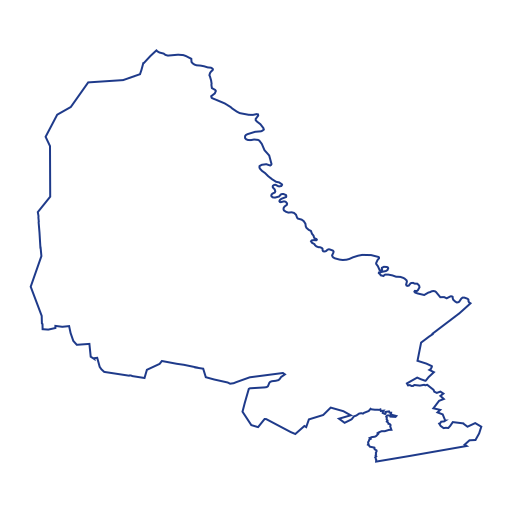 outline of Zvārtavas pag., Valkas, Latvia
{"feature_id": "27541924B49399924673855", "entity_name": "Zvārtavas pag.", "entity_type": "district", "adm_level": 2, "iso_a3": "LVA", "parent_name": "Latvia", "parent_adm1": "Valkas", "projection": "robinson", "projection_center": [26.269, 57.593], "detail": "fine", "context": "isolated", "style": "outline", "palette": "blue", "viewbox_px": 512, "rotation_deg": 0, "n_neighbors": 0, "source": "geoboundaries", "source_scale": "gbopen_adm2", "svg_char_len": 6026}
<svg xmlns="http://www.w3.org/2000/svg" viewBox="0 0 512 512"><path d="M376.1,461.6L408.9,456.1L466.6,446.0L464.6,444.7L469.5,440.3L475.5,440.0L475.8,439.4L479.1,433.5L481.3,426.7L475.2,423.1L467.5,426.7L463.6,423.8L463.4,423.4L452.8,422.1L450.2,425.9L448.3,428.0L445.9,427.8L443.6,428.1L440.7,426.0L439.2,423.6L440.2,423.2L441.2,421.7L444.1,421.4L445.5,420.5L445.2,420.5L442.7,414.4L437.5,412.4L440.2,409.9L433.4,408.3L439.1,400.8L443.8,399.0L440.4,395.9L443.4,393.6L440.4,391.6L436.8,392.9L434.3,391.7L433.5,389.8L427.2,384.8L425.3,385.3L424.1,384.8L419.9,385.6L414.3,385.0L413.2,385.9L411.6,386.0L409.8,385.1L408.0,385.4L406.9,383.4L417.2,377.6L420.8,379.2L425.3,380.8L425.8,380.6L428.6,377.1L433.9,372.2L429.4,369.9L430.8,369.0L431.9,366.7L431.8,366.1L426.4,363.6L417.5,360.8L421.1,342.6L429.2,336.5L432.7,334.2L432.5,333.7L459.5,313.2L470.2,303.6L470.5,303.3L469.1,302.4L468.5,301.3L468.4,299.6L468.1,299.2L466.9,298.5L464.3,297.6L462.6,297.6L461.3,298.6L459.2,301.7L458.3,302.2L456.9,302.5L455.4,301.7L453.3,299.8L452.8,298.6L452.6,296.8L451.7,296.3L450.6,296.3L446.7,298.3L444.1,297.1L440.3,297.2L436.0,292.0L435.0,291.3L433.3,291.0L431.3,291.4L430.5,292.0L428.3,292.6L424.2,295.0L417.8,293.5L415.2,292.6L414.4,291.7L414.8,290.9L416.9,291.0L417.9,290.2L419.5,287.3L419.2,285.8L418.8,285.2L417.3,283.7L414.5,283.6L413.2,282.9L411.3,283.0L410.4,283.5L408.8,285.6L407.3,285.9L406.5,285.5L406.1,284.6L406.9,281.7L406.6,280.4L404.6,278.6L403.3,277.9L400.4,276.9L396.0,276.7L392.4,275.4L388.3,274.6L385.3,274.6L384.4,275.0L383.5,276.0L380.7,275.3L380.4,274.5L378.8,273.1L378.9,272.5L386.0,271.0L387.5,270.0L388.2,268.2L387.9,267.5L386.9,267.0L383.9,266.8L381.9,267.8L381.8,268.5L382.1,269.9L381.7,270.3L380.9,270.6L379.6,270.1L377.9,266.2L376.3,264.1L376.1,263.2L377.5,260.1L379.0,258.3L379.0,257.5L378.6,257.0L371.2,255.1L362.2,254.9L358.1,255.7L353.0,257.3L349.2,259.0L346.5,259.7L342.8,260.0L339.6,259.6L334.8,258.3L333.2,257.4L332.5,256.6L332.1,255.3L333.3,252.9L333.6,251.7L333.2,250.9L332.7,250.5L329.6,249.4L328.7,249.3L327.4,249.8L326.3,250.9L325.4,251.3L324.1,251.5L323.1,251.2L322.6,250.3L322.5,248.7L321.7,247.9L319.9,247.2L318.5,247.2L316.4,246.4L315.0,245.2L314.5,244.2L311.9,242.7L311.0,241.3L311.8,240.4L313.7,240.1L316.2,240.3L316.6,240.1L316.8,239.5L316.3,239.0L314.8,238.4L314.1,237.7L313.5,235.6L312.0,233.8L310.9,230.9L308.8,229.9L306.5,227.9L305.8,226.5L305.4,223.7L303.7,221.1L301.6,219.6L297.9,218.6L297.1,217.7L296.0,214.7L294.0,212.9L291.6,212.3L288.4,212.6L286.0,211.8L283.9,210.4L283.5,209.1L283.7,207.8L284.6,206.5L286.8,204.9L287.1,203.9L287.0,203.3L285.8,201.9L284.9,201.5L283.8,201.4L280.7,202.2L279.8,201.9L279.4,201.1L279.9,200.0L281.4,198.8L286.1,197.0L286.3,196.1L286.0,195.1L283.5,194.0L282.1,194.0L280.8,194.5L279.1,196.5L275.0,197.6L272.8,197.4L271.5,196.4L271.3,195.6L271.6,194.5L272.5,193.6L274.8,192.5L275.3,191.3L274.7,189.4L272.9,187.5L272.7,186.8L272.9,185.8L274.2,184.9L275.6,184.8L278.2,186.2L279.4,186.4L281.3,186.0L282.1,184.8L281.9,184.3L279.1,182.4L276.1,181.8L272.0,179.2L268.2,176.2L265.1,173.1L261.9,170.8L259.8,168.5L259.4,167.1L259.6,166.0L261.8,164.8L266.3,164.2L270.2,165.5L271.1,164.9L271.5,164.0L269.2,155.5L264.5,150.2L261.8,143.9L259.3,140.6L258.0,139.9L254.1,139.5L250.9,140.1L248.0,140.0L246.2,139.3L245.2,138.3L245.0,137.1L245.2,135.9L245.8,135.1L247.4,134.2L255.1,131.8L261.0,131.3L262.4,130.7L263.8,129.6L263.4,128.1L260.4,124.2L257.0,121.6L255.7,120.2L255.7,118.9L258.2,115.6L258.0,114.4L256.6,114.1L252.9,114.9L248.7,114.8L239.7,113.1L236.8,111.6L232.1,108.4L230.7,107.1L224.7,103.4L212.0,98.1L211.6,97.7L211.2,96.2L214.8,93.4L215.8,91.1L215.7,90.6L215.1,89.9L211.9,88.1L211.4,84.9L211.6,83.7L211.1,80.4L210.0,76.6L209.4,75.2L210.0,73.1L211.0,71.6L212.6,70.2L212.9,69.2L211.9,68.2L210.9,67.7L207.7,67.4L204.2,66.3L200.6,65.6L196.6,65.3L194.5,64.6L192.6,63.3L191.5,61.9L191.3,58.8L185.8,56.0L183.3,55.1L178.1,54.7L167.9,55.6L165.4,54.9L163.7,53.6L159.4,52.5L157.3,51.3L156.4,50.4L150.3,56.1L143.9,63.0L143.3,63.1L141.4,70.1L140.0,74.2L123.1,80.1L88.2,82.4L70.8,107.0L57.2,114.7L45.6,136.8L50.0,146.1L50.2,196.7L37.8,212.1L38.5,216.1L38.4,217.5L38.8,221.7L38.6,222.1L39.5,232.7L40.4,247.6L40.6,247.6L41.4,256.1L30.7,286.7L41.7,315.9L41.9,323.4L42.5,324.1L42.6,329.2L48.3,329.6L55.4,328.0L55.4,325.9L62.3,326.8L69.1,326.1L70.6,333.1L73.3,340.9L76.8,344.8L89.4,343.9L90.7,356.7L94.3,359.0L94.1,358.2L97.2,357.8L99.7,366.9L101.4,369.3L104.2,371.9L129.1,375.7L129.7,375.4L130.9,375.5L132.4,376.1L144.5,378.0L146.9,369.8L159.6,363.9L161.9,361.0L176.8,363.8L183.9,364.8L196.4,367.4L196.2,367.6L203.2,368.7L205.8,377.2L214.2,379.5L227.7,382.5L230.1,383.7L233.7,383.2L236.1,382.2L249.8,377.3L282.9,373.0L284.9,374.4L281.1,377.0L279.8,378.9L278.5,380.1L275.7,380.8L272.0,381.2L270.3,381.8L269.4,382.7L267.9,386.3L266.6,387.1L264.7,387.4L249.9,388.3L248.8,388.9L244.8,402.8L242.5,411.7L251.3,425.1L257.6,427.0L258.1,427.1L264.6,419.0L266.2,419.1L290.8,432.1L295.3,434.0L304.4,426.0L306.2,427.1L308.9,419.4L323.2,415.0L330.7,407.6L343.4,411.2L350.7,415.3L339.0,418.7L344.6,422.8L350.9,419.7L351.9,419.0L353.9,416.4L356.4,415.5L359.1,413.6L361.2,413.2L363.0,413.6L363.9,412.9L368.7,411.0L370.6,408.8L371.2,409.3L374.6,409.7L379.4,409.8L380.4,409.4L380.8,411.0L383.4,410.7L382.8,411.5L382.7,413.0L385.1,414.0L385.7,413.0L385.5,411.9L389.0,411.4L389.5,412.6L391.1,412.7L390.8,414.2L392.5,415.0L396.3,416.0L395.5,416.9L390.4,416.6L390.2,415.8L388.6,415.4L387.1,415.5L386.2,416.7L386.8,417.6L386.6,419.3L387.5,420.5L386.8,421.6L388.0,422.4L388.5,423.9L389.6,423.9L390.6,425.1L390.2,426.3L391.4,429.8L388.9,429.9L384.8,431.2L381.6,431.2L378.5,432.5L377.6,433.1L378.3,433.8L376.2,436.0L374.9,436.7L371.8,437.1L369.7,438.0L370.6,438.9L369.3,439.6L368.8,441.1L368.2,442.0L368.1,442.7L368.4,443.5L367.9,444.7L369.0,445.2L369.3,446.0L369.9,446.7L374.4,447.6L374.5,447.8L374.4,448.7L374.7,449.3L376.5,450.4L376.6,451.2L375.8,453.0L376.1,454.1L375.6,455.3L376.3,456.3L375.2,457.3L375.7,458.1L375.8,459.2L376.2,459.6L376.1,461.6Z" fill="none" stroke="#1e3a8a" stroke-width="2"/></svg>